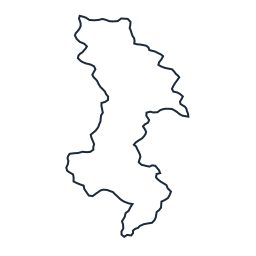 Maria da Fé, Minas Gerais, Brazil, rotated 94°
{"feature_id": "56859067B31532504682231", "entity_name": "Maria da Fé", "entity_type": "district", "adm_level": 2, "iso_a3": "BRA", "parent_name": "Brazil", "parent_adm1": "Minas Gerais", "projection": "equal_earth", "projection_center": [-45.308, -22.318], "detail": "fine", "context": "isolated", "style": "outline", "palette": "slate", "viewbox_px": 256, "rotation_deg": 94, "n_neighbors": 0, "source": "geoboundaries", "source_scale": "gbopen_adm2", "svg_char_len": 2800}
<svg xmlns="http://www.w3.org/2000/svg" viewBox="0 0 256 256"><g transform="rotate(94 128 128)"><path d="M73.9,80.4L72.2,81.9L70.8,83.9L69.0,85.4L66.4,88.1L65.5,95.2L64.3,99.2L62.9,102.1L60.3,101.6L57.1,99.4L53.9,98.0L52.3,100.3L51.3,102.9L49.8,106.4L48.8,112.1L46.2,113.2L44.7,115.5L44.2,118.6L43.9,121.6L43.9,124.5L43.3,127.7L40.6,127.5L37.9,128.2L36.0,129.8L33.3,131.0L30.4,132.1L28.2,133.3L25.3,132.9L22.0,132.9L19.2,135.9L19.2,142.4L22.1,145.7L22.7,150.5L22.8,153.9L21.7,157.4L21.0,161.1L22.2,164.7L22.9,169.1L22.9,174.1L20.9,177.6L20.1,180.6L19.5,184.0L22.2,184.5L24.9,183.3L26.9,182.6L29.6,182.3L32.6,183.5L35.1,185.1L37.0,186.7L39.4,187.4L42.6,185.5L45.3,182.4L47.1,177.3L49.5,174.7L51.7,175.8L53.9,177.5L55.8,178.9L57.2,180.9L59.1,182.4L61.8,182.9L63.8,180.6L65.2,178.5L66.5,174.6L67.3,169.8L68.8,166.2L71.7,164.6L74.5,166.0L77.4,167.3L79.7,165.9L81.4,163.9L83.1,162.1L86.1,160.5L89.2,158.2L90.9,156.1L93.2,153.6L95.9,152.1L98.1,150.0L101.5,150.0L103.7,152.8L104.8,156.2L107.4,156.1L110.8,155.2L114.5,154.2L117.2,155.7L120.5,155.9L123.3,155.9L126.0,156.9L129.3,157.8L132.9,160.1L135.2,162.5L137.3,164.7L140.5,163.7L143.9,161.9L146.5,160.7L149.4,161.3L152.1,161.1L154.5,164.1L155.0,167.8L154.9,171.8L156.4,176.0L157.1,180.9L157.8,184.4L159.8,185.6L162.3,186.3L164.9,185.2L168.4,185.5L171.9,186.8L174.9,185.7L176.7,182.6L178.1,179.6L181.1,178.8L185.1,178.6L186.5,175.2L187.6,171.9L188.6,168.2L192.0,167.3L195.1,164.8L198.1,162.4L198.4,158.5L195.9,155.6L194.3,153.6L192.2,151.1L191.2,148.2L191.3,144.3L192.2,141.4L192.9,138.7L195.0,136.3L197.1,133.6L199.8,130.4L201.7,126.8L203.1,122.2L203.6,118.2L206.5,119.9L210.4,121.5L213.2,124.5L216.7,125.0L219.1,126.2L221.5,127.5L224.5,126.2L228.6,125.7L231.7,127.3L234.8,127.0L236.8,124.2L234.7,121.4L235.0,117.3L232.6,115.7L229.9,115.8L228.0,113.7L227.0,111.1L224.9,109.4L222.9,105.6L221.9,101.9L220.9,97.5L218.0,95.1L215.3,94.1L212.4,93.8L209.8,93.5L207.8,91.3L205.2,89.5L202.4,89.5L199.1,89.5L197.1,86.0L195.1,83.3L192.3,81.9L188.4,80.7L185.5,84.1L182.3,85.7L180.7,88.7L179.1,91.9L177.0,94.9L175.3,96.6L171.9,96.3L170.8,92.8L168.0,94.1L165.7,96.3L163.8,98.1L163.6,101.4L165.0,103.8L164.5,107.7L163.7,112.0L161.4,114.9L158.9,114.4L156.0,113.6L153.4,114.4L151.2,115.6L148.4,117.3L145.9,118.6L144.3,121.0L141.9,119.3L139.5,116.2L137.3,113.2L134.8,111.2L132.5,110.0L130.4,109.7L128.1,111.1L125.3,113.2L123.2,111.4L121.2,108.3L118.6,107.5L116.4,109.1L114.4,110.6L111.4,110.6L110.2,107.1L110.7,104.0L110.2,99.7L107.8,96.9L106.5,93.5L106.0,90.1L106.0,85.4L107.4,82.4L108.7,80.1L110.6,77.5L111.9,74.5L112.2,71.6L112.5,68.6L109.6,69.1L107.0,70.4L104.8,71.1L102.8,72.6L101.6,75.1L100.3,77.4L98.0,78.0L95.4,76.6L92.7,75.5L90.3,78.7L89.1,81.4L88.5,85.3L85.9,86.9L83.3,85.9L80.0,84.2L76.8,82.2L73.9,80.4Z" fill="none" stroke="#1e293b" stroke-width="2"/></g></svg>